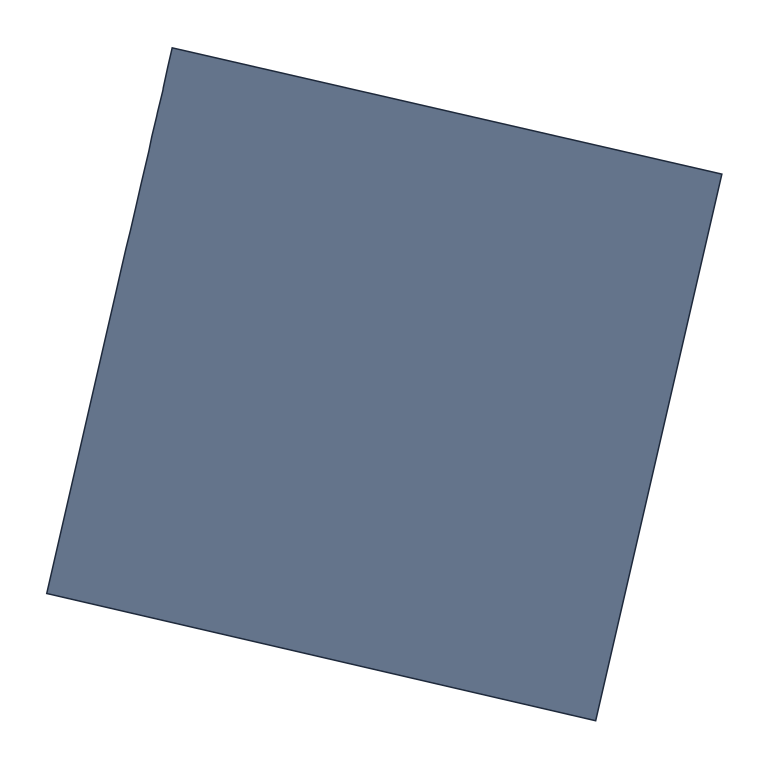 the district of Webster, Nebraska, United States of America, rotated 103°
{"feature_id": "52423323B11090231595131", "entity_name": "Webster", "entity_type": "district", "adm_level": 2, "iso_a3": "USA", "parent_name": "United States of America", "parent_adm1": "Nebraska", "projection": "mercator", "projection_center": [-98.589, 40.176], "detail": "fine", "context": "isolated", "style": "filled", "palette": "slate", "viewbox_px": 768, "rotation_deg": 103, "n_neighbors": 0, "source": "geoboundaries", "source_scale": "gbopen_adm2", "svg_char_len": 459}
<svg xmlns="http://www.w3.org/2000/svg" viewBox="0 0 768 768"><g transform="rotate(103 384 384)"><path d="M378.7,665.8L396.0,665.8L664.0,665.5L664.5,102.0L658.9,102.0L107.1,102.0L103.5,102.0L104.1,666.0L123.8,666.0L145.2,665.7L147.3,665.5L148.7,665.5L170.3,665.8L174.2,665.7L193.8,665.9L195.5,665.9L210.1,665.5L243.4,665.7L268.7,665.6L291.1,665.6L309.3,665.9L330.8,665.9L355.7,665.8L378.7,665.8Z" fill="#64748b" stroke="#1e293b" stroke-width="1.5"/></g></svg>